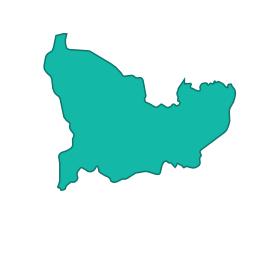 Lacs, orthographic projection, rotated 284°
{"feature_id": "CIV-3461", "entity_name": "Lacs", "entity_type": "Department", "adm_level": 1, "iso_a3": "CIV", "parent_name": "Ivory Coast", "parent_adm1": "", "projection": "orthographic", "projection_center": [-5.076, 6.892], "detail": "fine", "context": "isolated", "style": "filled", "palette": "teal", "viewbox_px": 256, "rotation_deg": 284, "n_neighbors": 0, "source": "natural_earth", "source_scale": "10m", "svg_char_len": 3875}
<svg xmlns="http://www.w3.org/2000/svg" viewBox="0 0 256 256"><g transform="rotate(284 128 128)"><path d="M188.7,171.0L184.9,172.0L184.6,172.5L184.5,173.0L185.0,173.4L185.3,174.0L185.4,175.4L185.7,176.1L186.1,176.9L186.4,178.0L186.1,178.5L185.5,178.8L183.2,178.5L182.3,178.8L182.1,179.4L181.9,181.6L181.2,183.9L181.0,185.6L180.9,187.6L181.3,188.5L182.0,188.9L182.8,188.8L183.5,188.6L184.9,188.0L185.7,187.9L187.9,188.5L188.8,189.1L189.6,190.1L190.4,192.5L190.5,193.7L190.0,194.2L189.5,194.4L189.0,195.1L189.2,195.8L189.8,196.2L190.5,196.4L191.3,197.0L191.4,197.9L191.3,199.3L191.6,200.0L192.2,200.3L193.9,200.4L194.4,200.6L194.4,201.1L193.9,201.5L193.1,202.0L193.2,202.4L194.7,203.9L194.9,204.6L194.8,205.6L194.4,206.8L194.0,209.0L193.5,210.2L192.9,210.9L192.4,211.3L191.1,214.2L191.2,214.7L191.8,214.9L193.4,214.7L194.1,214.7L194.7,215.2L195.1,216.1L195.5,217.2L195.4,217.8L194.4,218.1L190.9,222.4L187.5,223.9L183.2,224.2L178.6,224.0L177.2,223.5L176.4,223.3L175.1,223.0L174.4,222.7L172.2,222.2L170.1,222.0L168.9,222.1L159.9,224.8L158.5,225.0L154.5,224.9L149.6,224.1L147.0,222.6L124.4,204.1L123.1,203.6L122.2,203.6L121.6,203.9L119.0,205.7L116.1,204.8L111.0,206.5L108.6,205.8L106.1,203.3L105.0,200.9L104.8,198.1L105.0,194.2L104.5,193.3L103.6,192.6L103.0,191.7L103.5,190.6L104.3,189.7L104.7,189.0L105.0,187.1L105.8,184.9L105.4,184.3L103.5,184.1L101.2,183.2L103.1,180.4L104.5,178.3L104.0,176.0L105.3,172.8L103.5,170.9L100.2,170.0L92.2,170.1L90.5,169.1L89.9,166.3L90.0,165.3L90.0,165.1L90.5,157.7L89.9,154.6L88.4,151.3L86.8,147.8L86.5,146.6L79.3,139.7L77.9,138.0L77.1,134.8L73.1,130.1L71.8,127.4L72.1,124.7L75.1,122.2L75.9,119.7L76.2,117.3L77.5,113.1L77.9,112.0L78.9,110.3L80.4,109.7L82.2,108.8L82.8,108.4L83.3,107.8L83.4,107.2L83.0,106.6L80.1,105.8L79.4,105.4L78.8,105.1L78.2,104.6L77.5,103.9L76.8,102.8L76.3,101.2L76.3,100.1L76.4,99.2L77.2,97.2L78.4,93.0L78.2,92.1L77.7,91.4L73.8,89.8L72.7,89.6L71.8,89.5L70.4,89.7L69.7,90.0L69.2,90.4L68.6,90.7L67.9,91.1L67.1,91.3L66.4,91.3L65.4,91.1L64.5,90.7L63.3,89.8L62.5,88.9L62.1,87.4L62.0,86.5L61.8,85.6L60.1,84.4L57.6,82.4L56.5,82.0L55.5,81.9L54.7,81.9L53.9,81.8L53.2,81.4L52.7,80.8L51.7,79.0L51.5,78.3L51.7,77.7L52.5,77.2L53.1,76.8L53.5,76.2L53.2,75.4L53.6,74.1L57.9,74.6L60.3,74.6L77.1,70.4L83.2,67.9L84.2,67.7L85.3,67.7L86.6,68.3L87.6,69.0L88.3,69.8L91.2,74.2L93.8,77.0L94.7,77.6L95.5,78.1L96.5,78.4L97.6,78.5L98.9,78.3L103.6,77.0L104.5,77.0L107.3,77.5L108.3,77.2L109.4,76.5L112.1,73.0L113.3,71.9L115.1,71.1L116.2,70.9L117.3,71.0L118.2,70.7L119.0,69.7L120.6,66.2L123.2,63.2L139.6,55.3L141.2,54.0L142.1,52.9L142.4,52.0L143.3,50.1L143.9,49.2L144.6,48.3L145.4,47.5L146.4,46.8L148.4,45.5L156.7,42.4L158.5,41.3L159.6,40.2L161.8,36.1L164.4,33.0L166.1,32.1L168.3,31.5L177.0,31.0L178.1,31.1L179.3,31.5L181.2,32.6L183.9,35.3L184.8,35.9L188.5,36.3L200.2,35.8L203.8,42.6L204.1,43.5L204.5,45.8L198.8,45.8L195.0,46.8L193.2,47.6L190.8,49.1L190.1,50.6L189.9,52.1L193.2,70.6L193.3,72.3L185.9,96.7L184.6,99.4L184.2,100.9L179.7,108.0L177.8,109.9L177.4,110.6L177.3,111.3L177.3,112.0L178.7,115.5L180.0,119.0L179.9,119.9L179.7,120.9L178.7,123.2L178.7,124.2L178.8,125.2L179.7,127.3L179.8,128.4L179.4,129.5L178.9,130.2L178.3,130.7L177.1,131.4L163.6,137.5L162.5,137.5L161.9,137.4L160.7,136.8L157.4,138.5L157.2,139.2L157.2,139.9L156.6,143.3L154.8,149.3L155.4,151.4L156.2,152.0L157.4,153.1L158.9,154.1L159.2,154.9L159.1,155.6L158.7,156.3L158.3,158.0L157.5,159.8L157.4,161.6L157.8,162.6L159.6,164.7L160.6,165.1L161.5,165.3L161.9,165.9L162.2,166.6L162.2,167.3L162.1,167.9L161.6,168.2L161.3,168.6L161.3,170.0L162.1,171.2L162.9,171.9L163.8,172.3L164.5,172.4L165.3,172.4L165.8,172.0L166.0,171.3L166.0,170.6L166.1,170.1L166.6,169.7L167.4,169.5L169.2,169.4L170.0,169.2L170.6,168.9L171.7,168.0L172.4,167.6L173.0,167.3L173.8,167.1L174.5,167.1L176.6,167.5L177.3,167.4L178.0,167.3L178.6,167.3L188.7,171.0Z" fill="#14b8a6" stroke="#0f766e" stroke-width="1.5"/></g></svg>